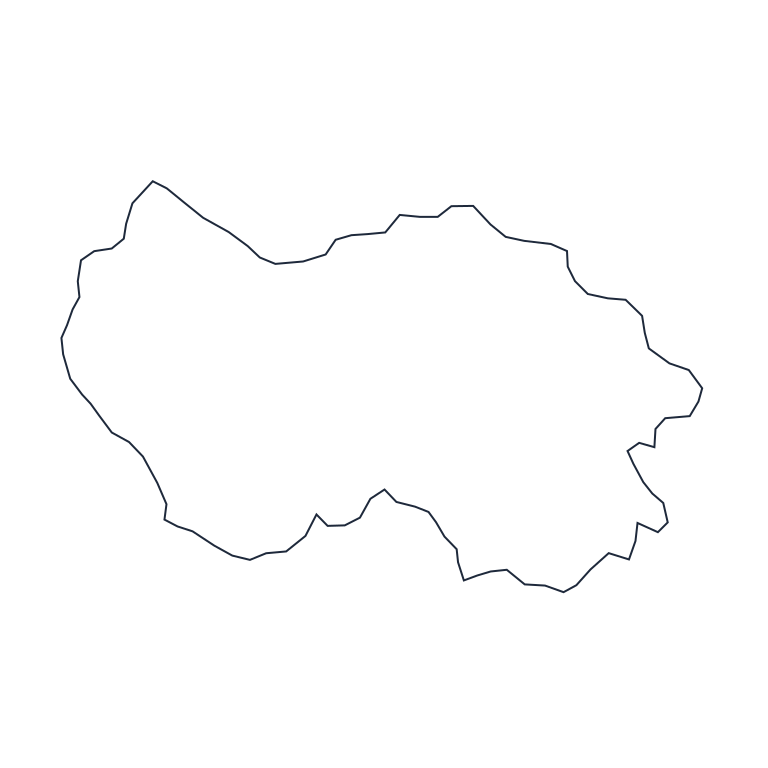 Braço do Trombudo, Santa Catarina, Brazil, rotated 264°
{"feature_id": "56859067B6588865534852", "entity_name": "Braço do Trombudo", "entity_type": "district", "adm_level": 2, "iso_a3": "BRA", "parent_name": "Brazil", "parent_adm1": "Santa Catarina", "projection": "robinson", "projection_center": [-49.906, -27.37], "detail": "fine", "context": "isolated", "style": "outline", "palette": "slate", "viewbox_px": 768, "rotation_deg": 264, "n_neighbors": 0, "source": "geoboundaries", "source_scale": "gbopen_adm2", "svg_char_len": 1415}
<svg xmlns="http://www.w3.org/2000/svg" viewBox="0 0 768 768"><g transform="rotate(264 384 384)"><path d="M550.5,417.3L534.6,401.1L534.8,383.4L535.4,367.2L532.5,351.0L518.9,339.5L514.3,316.4L514.8,288.5L522.8,273.7L535.4,262.9L551.3,245.5L568.2,221.5L585.9,203.7L601.3,188.4L609.8,175.2L590.0,152.7L570.3,144.3L555.7,140.4L547.2,127.4L546.4,109.7L538.7,95.6L518.2,90.2L502.3,90.2L490.7,82.1L475.6,74.9L463.5,68.0L447.1,68.0L422.0,72.5L405.0,82.7L395.0,90.2L382.4,97.4L364.2,108.2L352.9,124.4L337.0,136.7L309.3,148.2L287.2,155.1L272.1,151.5L263.9,163.8L257.5,178.2L241.0,198.3L229.2,215.2L223.1,232.3L228.0,249.1L227.7,269.2L241.1,290.0L261.3,303.2L248.8,313.1L247.5,330.2L253.6,346.1L271.3,358.5L279.0,373.5L265.4,384.0L258.8,402.0L252.1,414.9L241.1,421.3L225.9,428.2L212.1,439.0L199.0,439.0L180.3,442.9L183.8,456.7L186.4,470.5L186.4,486.7L170.0,503.0L166.7,523.1L158.2,540.8L163.8,554.3L178.0,570.0L192.3,589.8L183.9,609.3L201.6,617.7L219.3,621.6L208.0,640.9L216.7,651.7L236.5,649.3L247.0,639.4L259.3,631.6L278.5,623.7L291.9,619.2L298.8,631.6L292.9,646.3L310.9,649.3L320.6,660.1L320.1,684.7L333.7,694.9L346.5,700.0L366.0,688.6L374.7,670.0L391.7,651.1L407.6,648.7L424.8,647.8L442.5,633.1L445.8,615.6L452.2,596.1L466.3,584.7L481.5,579.0L497.1,579.9L505.8,564.6L511.7,538.4L517.6,520.4L531.5,506.6L551.8,491.3L553.8,469.6L544.6,454.9L546.4,437.5L550.5,417.3Z" fill="none" stroke="#1e293b" stroke-width="2"/></g></svg>